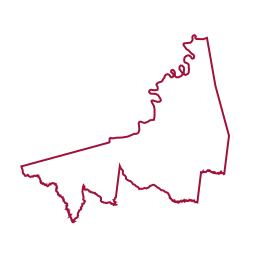 Mapiripana, Guainía, Colombia, rotated 7°
{"feature_id": "7082276B54584642345614", "entity_name": "Mapiripana", "entity_type": "district", "adm_level": 2, "iso_a3": "COL", "parent_name": "Colombia", "parent_adm1": "Guainía", "projection": "mercator", "projection_center": [-70.379, 2.876], "detail": "fine", "context": "isolated", "style": "outline", "palette": "rose", "viewbox_px": 256, "rotation_deg": 7, "n_neighbors": 0, "source": "geoboundaries", "source_scale": "gbopen_adm2", "svg_char_len": 5854}
<svg xmlns="http://www.w3.org/2000/svg" viewBox="0 0 256 256"><g transform="rotate(7 128 128)"><path d="M111.2,144.6L26.8,179.1L28.6,182.8L29.2,185.5L29.6,186.1L30.9,186.7L31.0,187.2L31.7,188.0L32.9,187.8L34.4,186.7L35.2,187.8L37.1,188.5L38.5,187.7L39.4,187.9L39.5,187.5L40.3,187.3L40.7,186.7L42.8,186.9L43.3,186.2L43.9,186.0L44.5,186.5L44.7,186.4L44.7,187.1L45.3,187.1L45.7,188.1L46.6,188.7L47.5,190.8L48.2,191.6L48.2,192.1L47.8,192.2L48.3,193.2L48.9,193.5L49.6,193.4L49.9,193.6L50.1,193.1L50.4,193.1L50.8,193.9L52.0,193.8L52.2,194.6L52.5,194.8L53.8,194.2L53.8,194.5L55.2,195.6L55.6,195.4L56.3,194.3L56.8,193.9L56.9,193.3L57.5,192.9L57.8,193.1L57.8,192.8L58.2,192.9L59.6,191.9L61.2,191.9L62.6,192.3L62.3,192.9L63.0,193.1L63.3,192.9L63.4,193.5L64.1,193.9L64.3,195.9L64.6,195.8L64.5,196.3L64.7,196.6L64.3,196.8L64.1,197.3L64.4,197.9L64.2,198.5L64.6,199.5L65.2,199.6L65.7,200.3L66.3,200.7L66.5,202.2L66.9,202.0L67.3,202.3L67.7,203.3L68.3,203.7L68.4,203.2L69.2,203.2L69.3,203.7L71.0,205.0L71.6,204.7L71.9,205.6L72.8,206.2L73.0,207.2L72.5,207.4L72.9,208.3L73.5,208.5L74.8,210.1L76.1,210.2L76.2,210.5L76.7,210.6L76.6,211.4L77.0,211.6L77.3,212.2L77.0,212.7L76.3,213.0L76.8,213.9L76.5,214.8L77.2,215.4L77.1,215.6L77.4,215.7L77.1,215.9L77.7,216.0L77.5,216.3L78.4,216.4L78.3,217.1L78.8,217.1L78.6,217.3L79.2,218.0L79.0,218.6L79.6,218.8L79.3,219.4L79.5,219.7L79.8,219.5L79.9,220.1L80.4,220.4L80.2,221.1L80.7,221.3L81.3,221.2L80.8,221.8L81.4,222.0L81.2,222.4L81.5,222.2L81.4,223.0L82.5,224.0L82.3,224.2L82.9,225.2L83.0,225.9L83.4,225.8L83.8,226.5L84.1,226.5L83.9,227.4L84.5,227.9L84.5,228.1L85.0,228.2L85.3,228.0L85.0,227.8L85.5,227.5L84.9,227.5L85.0,226.3L86.4,225.0L86.6,224.2L88.2,223.3L88.9,222.4L88.7,221.5L89.1,220.9L88.7,219.7L88.7,218.3L89.4,217.1L89.6,215.8L91.3,214.4L91.4,213.5L91.0,213.1L90.9,212.6L92.2,210.9L91.9,209.7L91.9,208.7L93.3,208.5L93.8,207.4L93.7,206.5L94.2,205.9L92.3,204.5L92.3,202.0L90.5,196.7L90.5,192.4L90.9,190.4L91.9,191.5L91.7,192.4L92.2,192.9L92.0,193.4L92.6,194.4L93.6,194.4L94.9,193.9L96.8,194.8L97.4,195.8L98.4,195.6L98.9,196.2L100.0,196.1L100.7,196.5L101.9,196.4L102.6,196.8L103.1,196.5L103.6,197.3L104.8,197.5L105.7,198.4L108.7,199.7L109.8,200.7L110.0,203.7L111.1,204.6L112.2,204.6L113.2,205.0L114.5,204.9L115.8,205.2L117.1,204.5L119.2,203.9L119.6,204.5L120.5,204.7L120.8,205.3L122.0,205.1L123.1,206.2L123.9,205.3L125.0,205.7L125.5,205.5L123.8,204.5L124.1,203.8L123.7,203.2L124.2,203.0L123.2,202.6L123.2,201.3L122.8,201.1L123.3,200.8L123.7,199.0L124.4,198.3L124.5,166.7L125.8,168.9L128.2,171.1L128.3,173.1L128.9,174.7L130.9,175.7L132.0,177.0L132.2,178.5L132.6,179.0L135.1,180.2L136.7,180.3L138.6,181.7L139.7,183.1L141.5,183.5L143.0,184.7L145.6,185.7L146.6,187.3L147.3,186.9L149.9,186.6L151.8,185.5L153.9,185.7L154.7,185.0L155.8,184.6L156.2,183.7L156.9,183.3L157.0,182.7L157.6,182.6L159.4,181.5L160.6,181.2L162.7,182.2L164.2,183.3L166.3,184.1L168.6,185.6L171.1,185.8L172.4,186.8L174.3,187.2L175.8,187.9L176.4,189.0L177.0,189.4L177.1,190.0L177.6,190.5L177.7,191.5L178.2,191.7L178.2,192.6L179.4,192.9L179.7,193.6L180.6,194.0L180.6,194.4L181.0,194.7L181.3,194.9L181.7,194.7L181.6,194.9L182.1,195.1L182.6,194.6L183.3,194.8L183.3,195.2L183.9,195.0L184.5,195.4L184.8,195.3L184.6,195.7L186.4,195.8L186.8,195.3L187.2,195.8L187.5,195.5L187.5,194.8L187.9,194.7L187.7,195.1L188.1,195.2L189.2,194.0L189.3,194.3L190.3,194.6L190.8,194.3L190.9,193.9L191.8,193.2L191.7,193.9L192.6,193.4L193.1,194.0L193.5,193.3L193.7,193.6L194.3,193.0L194.4,193.3L195.7,192.9L196.1,193.2L196.8,193.0L196.9,192.8L197.9,192.6L197.8,191.8L199.0,192.1L199.5,191.9L200.0,192.5L200.5,192.1L201.1,192.1L201.2,192.4L202.4,191.9L202.7,192.9L203.6,193.0L203.9,193.4L204.5,193.2L204.7,193.4L205.6,192.9L205.9,193.1L205.9,163.0L206.6,163.2L206.9,162.9L207.0,163.0L207.5,162.2L207.6,162.8L209.2,162.2L209.6,162.4L210.0,162.2L210.6,162.3L212.4,160.2L213.0,160.6L213.7,160.0L214.5,160.4L214.2,160.9L215.0,160.9L215.9,161.5L217.4,161.4L217.7,161.0L217.6,161.5L218.0,161.4L218.2,162.2L219.3,162.2L219.6,161.5L220.1,162.1L221.1,162.4L222.9,161.7L222.9,162.1L223.7,162.4L223.9,161.6L225.0,161.6L225.2,160.8L225.6,161.0L225.7,160.6L225.9,161.0L226.2,160.6L226.8,161.3L228.0,161.1L228.0,161.4L228.3,161.4L228.5,161.7L228.8,161.5L228.9,162.0L229.1,161.9L229.2,123.4L209.6,75.4L195.4,28.9L191.8,30.7L185.1,31.3L183.9,30.5L183.8,30.0L184.2,28.9L183.0,27.8L182.4,27.9L181.6,28.2L180.9,29.2L180.8,30.4L181.3,31.6L181.3,32.9L180.3,35.0L179.5,35.7L173.3,37.2L172.9,37.7L173.0,38.9L176.5,42.7L178.6,43.5L182.1,46.5L183.8,47.1L185.0,48.6L184.8,50.6L183.7,51.3L183.0,51.2L181.3,49.3L179.8,48.6L178.8,48.6L177.8,49.0L176.4,50.0L175.7,50.9L175.4,53.1L175.9,55.4L176.5,56.0L178.3,56.3L179.8,57.0L180.6,58.0L180.9,60.6L181.4,62.2L181.4,65.8L181.0,66.7L179.8,67.7L178.7,68.3L177.5,68.1L176.7,66.8L176.5,65.0L176.5,62.3L175.8,60.8L174.1,59.5L172.6,59.6L171.8,60.6L171.8,63.1L175.7,67.4L175.6,68.3L174.4,70.0L171.8,71.5L170.4,71.8L169.2,71.4L168.4,70.8L168.1,69.9L167.8,67.4L167.0,65.8L165.5,64.9L164.3,65.3L163.9,65.9L163.9,67.0L166.2,68.7L166.7,70.5L166.5,71.5L165.7,72.2L164.6,72.4L163.7,71.8L163.0,70.6L162.1,70.0L160.6,69.8L159.3,70.4L158.2,71.7L158.1,73.4L156.8,75.4L156.3,77.1L155.2,78.1L154.0,78.5L152.3,79.5L151.0,80.8L151.0,81.7L152.4,83.6L152.6,84.6L152.8,85.5L152.5,86.5L152.0,86.8L149.9,87.3L146.5,87.2L145.3,87.7L144.8,88.3L144.5,89.1L144.7,89.9L146.2,91.1L151.5,90.8L153.9,91.8L156.6,95.0L157.2,96.4L157.1,97.1L156.2,98.0L154.1,98.5L149.1,97.6L148.4,97.8L148.0,98.3L148.4,99.4L151.0,102.9L152.0,105.7L152.9,113.0L152.7,116.7L149.0,117.6L147.2,119.2L144.2,120.9L142.1,120.8L140.2,120.2L139.1,120.3L138.5,120.7L138.1,121.4L138.1,122.6L138.7,124.4L139.5,128.4L139.0,131.0L138.1,132.2L136.7,132.8L134.7,133.1L129.9,136.0L127.7,136.9L123.1,138.2L117.0,139.2L116.1,139.6L113.2,140.3L111.9,139.9L111.0,140.8L111.4,144.2L111.2,144.6Z" fill="none" stroke="#9f1239" stroke-width="2"/></g></svg>